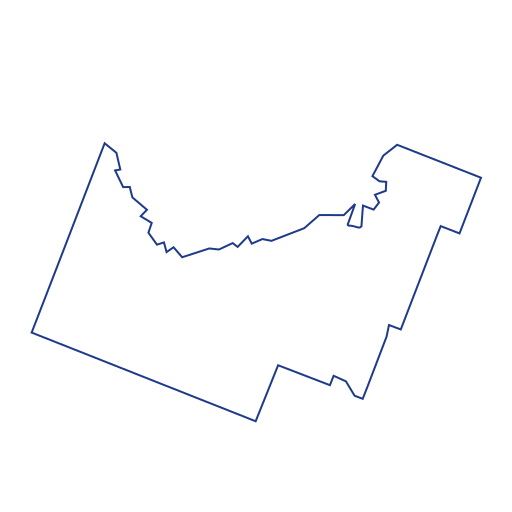 Riley, Kansas, United States of America (orthographic projection), rotated 291°
{"feature_id": "52423323B78977579419927", "entity_name": "Riley", "entity_type": "district", "adm_level": 2, "iso_a3": "USA", "parent_name": "United States of America", "parent_adm1": "Kansas", "projection": "orthographic", "projection_center": [-96.639, 39.305], "detail": "fine", "context": "isolated", "style": "outline", "palette": "blue", "viewbox_px": 512, "rotation_deg": 291, "n_neighbors": 0, "source": "geoboundaries", "source_scale": "gbopen_adm2", "svg_char_len": 962}
<svg xmlns="http://www.w3.org/2000/svg" viewBox="0 0 512 512"><g transform="rotate(291 256 256)"><path d="M104.1,74.0L101.6,314.9L161.9,315.8L161.9,371.3L172.0,371.4L171.2,384.9L160.9,398.1L160.9,406.8L174.3,406.9L227.4,406.8L239.2,404.9L239.3,417.5L253.7,417.5L340.0,417.6L350.1,417.7L350.0,437.9L409.7,438.0L410.4,347.9L395.4,338.9L372.3,336.1L370.0,344.5L371.9,351.0L363.4,353.8L355.8,345.1L350.0,351.7L341.5,349.2L341.4,337.8L321.5,343.8L320.2,343.1L319.3,341.7L318.7,336.0L318.1,333.0L317.6,331.8L317.8,330.7L318.5,330.3L320.0,330.3L340.1,329.9L325.6,323.3L316.9,300.4L299.3,291.1L275.7,265.0L274.1,255.9L266.0,247.6L271.5,241.4L257.9,235.6L259.7,229.6L248.8,219.1L246.3,209.7L228.4,187.5L234.6,175.9L227.6,171.1L235.7,165.2L231.1,159.5L239.2,147.2L249.5,146.8L251.8,134.1L260.1,137.6L266.4,119.6L275.2,113.4L272.7,107.3L285.4,93.8L288.1,98.3L302.3,88.7L307.0,74.3L306.4,74.3L185.7,74.2L104.1,74.0Z" fill="none" stroke="#1e3a8a" stroke-width="2"/></g></svg>